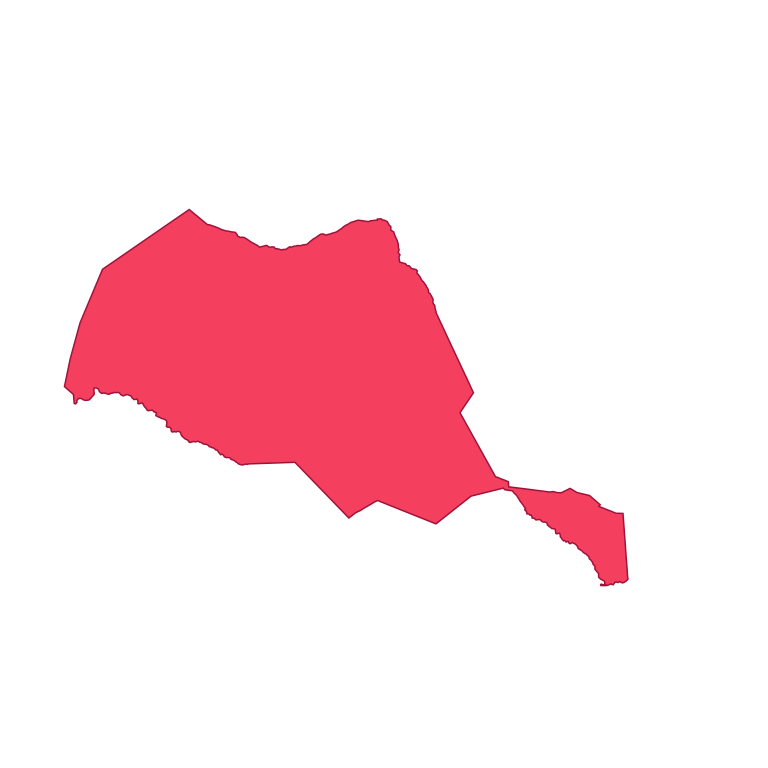 the district of Concepción Pápalo, Oaxaca, Mexico, rotated 25°
{"feature_id": "50627088B12532943049248", "entity_name": "Concepción Pápalo", "entity_type": "district", "adm_level": 2, "iso_a3": "MEX", "parent_name": "Mexico", "parent_adm1": "Oaxaca", "projection": "orthographic", "projection_center": [-96.835, 17.876], "detail": "fine", "context": "isolated", "style": "filled", "palette": "rose", "viewbox_px": 768, "rotation_deg": 25, "n_neighbors": 0, "source": "geoboundaries", "source_scale": "gbopen_adm2", "svg_char_len": 6046}
<svg xmlns="http://www.w3.org/2000/svg" viewBox="0 0 768 768"><g transform="rotate(25 384 384)"><path d="M111.5,532.6L113.0,532.3L113.4,530.3L112.7,529.1L112.8,528.0L113.0,527.2L113.4,526.3L114.3,525.7L115.6,525.1L116.6,525.2L117.8,525.4L118.9,525.3L120.7,524.9L122.1,524.0L123.5,523.0L123.9,521.8L124.4,520.9L124.4,519.8L125.1,518.2L125.5,516.8L125.6,515.7L125.1,514.5L124.2,513.2L123.6,511.8L122.9,510.6L123.4,510.0L124.5,509.3L125.9,509.1L127.0,509.3L128.1,510.0L129.0,510.9L129.9,511.4L131.0,511.6L131.9,511.9L133.5,510.8L135.4,510.1L137.2,510.1L138.5,509.7L139.5,509.2L139.7,508.8L140.2,508.1L141.3,507.2L142.7,506.3L143.4,505.4L144.5,505.2L145.6,504.7L146.3,504.1L147.5,503.9L148.6,504.1L149.3,504.6L150.4,505.0L152.2,505.0L152.9,504.8L154.3,503.2L155.2,502.6L155.6,502.1L157.2,501.9L159.0,501.9L159.7,501.7L161.7,503.1L162.6,503.3L163.8,503.8L164.7,503.4L166.5,502.0L168.1,503.4L168.8,504.6L169.0,505.5L169.6,505.7L170.6,505.3L172.2,503.7L173.3,503.5L176.2,505.6L178.7,506.7L180.7,507.9L181.9,507.7L184.8,505.7L185.7,505.7L186.9,506.4L188.0,506.4L189.7,506.1L190.2,506.4L190.2,507.8L190.5,508.9L191.1,509.1L193.9,509.2L194.5,509.0L195.9,509.2L197.3,509.2L198.2,509.0L199.3,508.8L200.4,508.8L201.8,509.0L203.1,510.0L203.8,511.3L204.6,514.3L205.4,514.6L206.3,514.6L207.9,513.7L210.1,514.6L210.6,516.0L211.7,516.9L212.4,516.9L213.0,516.7L213.5,516.3L213.7,515.8L214.2,515.6L215.8,515.4L216.9,514.2L217.8,513.8L219.2,513.8L220.1,514.0L220.8,514.7L221.4,515.6L222.0,516.0L222.9,516.6L223.7,516.9L224.7,517.2L226.1,517.6L226.9,517.8L227.6,517.9L228.3,517.7L229.4,517.8L230.4,518.0L231.1,518.7L232.2,519.0L233.1,518.9L233.6,518.3L234.2,517.9L234.8,517.3L235.3,516.9L235.9,516.5L237.3,516.3L238.0,515.8L238.7,515.1L239.6,514.6L240.4,514.4L241.4,514.6L242.0,514.6L242.5,514.4L242.9,514.3L243.7,514.4L244.3,514.6L245.3,514.7L246.1,514.6L247.1,514.2L248.0,514.0L248.5,513.7L249.9,513.8L250.7,513.9L251.9,514.5L252.8,514.6L254.0,514.2L254.8,514.4L255.7,514.3L256.4,514.0L257.3,514.1L258.1,514.4L259.4,514.9L260.9,514.4L262.9,515.8L264.5,516.5L265.4,517.0L265.9,517.1L266.1,516.7L267.0,516.2L267.9,516.2L269.0,516.6L269.8,517.3L270.7,517.5L271.3,517.3L272.1,517.3L272.7,517.1L273.4,516.8L274.4,516.3L275.4,516.1L276.1,516.2L276.8,516.7L277.4,517.0L278.4,516.8L279.6,516.7L280.6,516.7L282.1,517.0L283.1,517.3L284.3,517.3L285.4,517.8L286.3,517.9L287.4,517.8L288.3,517.6L289.4,517.5L290.7,516.6L292.0,515.4L292.8,514.9L293.9,514.7L294.5,514.1L295.5,513.4L336.4,492.6L408.8,520.3L412.3,513.4L414.5,510.4L416.1,508.7L416.8,507.6L417.6,506.1L423.0,498.4L425.0,495.3L427.4,492.3L460.3,490.5L490.2,488.8L510.3,448.8L536.2,427.9L536.9,428.3L538.0,428.7L539.7,428.4L541.0,427.9L541.9,427.7L543.4,427.2L545.3,426.7L546.0,426.8L548.0,427.9L550.0,428.5L551.2,428.9L557.1,432.8L560.6,434.6L561.5,435.1L564.0,436.7L564.3,436.6L564.8,436.9L564.6,438.2L565.6,439.0L566.5,438.9L567.0,439.7L567.6,440.0L568.4,441.3L570.2,440.6L571.8,441.2L572.5,440.5L573.4,441.0L573.5,441.1L574.2,441.8L574.8,442.8L577.3,442.3L579.1,443.0L582.2,441.1L583.8,441.2L585.0,441.9L586.7,441.8L588.8,440.9L590.2,440.9L591.8,442.8L592.6,442.7L593.9,443.5L595.1,443.5L597.2,444.1L600.0,443.1L600.8,443.6L602.8,446.7L603.9,446.8L605.6,445.3L606.5,445.3L607.9,446.8L608.3,447.9L608.8,448.1L611.6,449.8L613.0,450.2L613.2,449.7L614.1,449.6L615.8,450.3L617.2,448.8L618.9,450.0L620.2,450.1L621.3,448.6L621.8,448.2L624.7,448.2L627.2,448.9L629.7,451.1L634.0,451.6L635.7,452.4L638.0,452.8L638.8,452.4L640.6,453.4L642.4,453.7L643.9,455.6L646.0,456.2L648.7,457.7L649.5,458.9L650.9,459.5L652.2,460.0L653.4,462.7L658.6,465.2L660.2,468.4L662.8,469.3L666.4,469.4L667.4,469.8L668.5,471.7L669.5,472.1L668.6,472.7L667.3,473.3L666.5,473.5L665.6,473.5L665.4,473.6L665.3,473.8L665.2,474.0L665.2,474.4L665.6,474.8L665.7,475.0L670.0,473.1L671.3,472.3L672.0,471.6L672.7,471.0L673.2,470.3L674.0,469.3L676.5,469.2L676.8,467.8L676.9,467.4L677.3,465.6L680.2,464.9L681.1,463.3L682.6,463.6L684.1,463.5L685.1,462.7L685.7,461.9L685.8,461.7L686.4,460.9L686.7,460.4L687.3,458.5L687.6,457.6L686.7,456.5L680.8,445.9L678.2,441.3L675.3,436.2L671.8,429.8L655.3,400.3L650.4,402.4L648.9,403.1L644.2,403.3L638.3,403.7L630.4,404.1L631.0,402.1L617.3,398.2L615.0,398.7L604.9,400.8L596.7,400.0L595.0,402.2L592.5,405.3L590.8,407.5L587.3,409.1L587.0,409.2L582.7,410.0L579.8,411.9L574.4,413.6L560.9,417.9L540.5,424.5L538.0,420.0L533.6,420.2L528.6,420.6L526.3,420.6L525.0,421.0L523.8,420.6L465.0,377.9L468.8,354.2L458.9,345.8L423.1,315.9L422.9,315.7L413.2,307.5L410.5,305.3L401.0,297.3L400.7,296.6L398.0,293.5L397.5,292.3L396.5,291.2L394.5,290.2L393.2,288.3L393.0,286.9L392.2,286.1L390.8,285.0L387.5,282.6L385.8,282.3L384.7,280.2L382.8,278.7L381.5,278.1L380.9,277.2L376.4,274.7L375.6,274.6L373.0,273.1L372.6,272.5L370.4,271.1L366.8,269.4L366.3,267.3L364.6,266.7L360.4,267.7L359.6,267.5L357.3,266.3L356.5,266.3L355.3,266.9L354.3,266.8L352.7,265.9L346.7,266.9L343.9,262.6L343.9,260.2L341.3,258.8L341.0,256.0L339.5,254.4L337.8,251.2L335.2,248.3L330.9,244.6L328.4,242.0L325.3,241.8L323.6,238.4L321.7,237.9L318.3,235.4L314.9,235.4L313.2,236.1L312.1,235.5L310.9,235.8L308.2,237.4L308.6,238.5L306.8,239.3L302.4,242.1L301.4,243.3L300.0,243.8L291.4,246.4L285.5,251.8L283.6,254.8L282.3,256.2L280.7,258.9L280.0,260.7L276.6,266.3L274.6,268.2L273.6,268.9L271.7,270.9L270.2,272.0L268.6,273.5L267.1,273.7L266.6,273.6L265.1,273.8L263.9,274.7L263.4,274.9L261.9,277.1L260.0,280.7L259.0,281.7L256.7,286.4L255.5,289.2L254.8,290.3L252.2,291.9L249.6,294.1L246.8,295.2L246.0,296.2L244.2,297.1L242.2,299.1L240.5,299.5L238.1,303.6L236.5,304.2L234.0,306.0L231.9,306.1L230.9,306.5L230.0,306.4L228.7,307.3L226.3,306.3L224.1,307.3L223.0,308.2L221.1,308.5L219.7,307.9L218.7,308.2L213.5,312.5L212.0,312.3L210.9,311.9L203.5,311.5L198.9,310.7L195.3,310.3L193.0,311.1L191.7,311.9L188.7,311.8L187.9,310.7L185.1,309.4L181.4,310.6L178.2,311.3L175.9,312.1L175.5,312.1L171.0,312.7L168.9,312.6L165.2,312.8L159.1,313.4L158.2,313.6L156.8,314.2L133.7,308.2L80.4,399.0L82.7,457.1L89.0,493.9L95.5,521.4L106.9,524.7L111.5,532.6Z" fill="#f43f5e" stroke="#9f1239" stroke-width="1.5"/></g></svg>